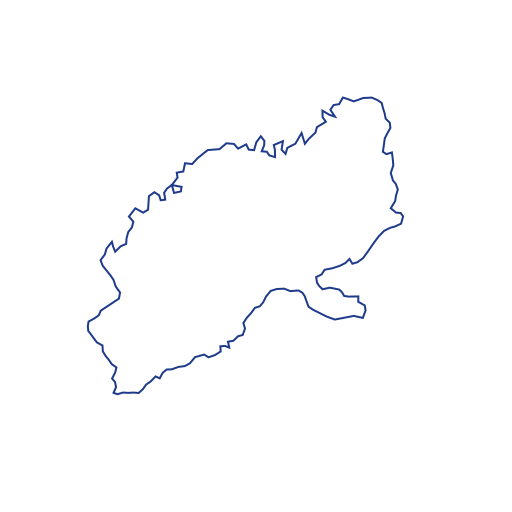 the district of Saldanha Marinho, Rio Grande do Sul, Brazil, rotated 44°
{"feature_id": "56859067B4805351166709", "entity_name": "Saldanha Marinho", "entity_type": "district", "adm_level": 2, "iso_a3": "BRA", "parent_name": "Brazil", "parent_adm1": "Rio Grande do Sul", "projection": "equal_earth", "projection_center": [-53.092, -28.388], "detail": "fine", "context": "isolated", "style": "outline", "palette": "blue", "viewbox_px": 512, "rotation_deg": 44, "n_neighbors": 0, "source": "geoboundaries", "source_scale": "gbopen_adm2", "svg_char_len": 2649}
<svg xmlns="http://www.w3.org/2000/svg" viewBox="0 0 512 512"><g transform="rotate(44 256 256)"><path d="M207.0,93.5L207.9,99.1L216.0,100.9L210.9,103.4L202.9,105.3L207.5,109.9L213.0,110.9L210.3,121.0L213.0,125.8L212.6,135.3L213.2,141.3L203.4,135.9L206.3,147.9L203.4,156.4L206.3,162.0L200.6,161.8L195.6,154.7L191.7,163.8L195.6,166.3L201.0,171.6L195.7,174.4L191.4,173.5L187.4,176.7L185.0,170.8L182.1,167.4L176.3,166.5L177.2,173.9L181.1,181.2L176.9,184.5L171.4,182.5L168.5,191.2L162.3,190.7L156.4,195.5L155.5,204.5L147.7,213.3L146.0,226.3L146.2,234.2L140.5,238.6L145.0,245.7L141.1,251.1L145.1,254.1L146.2,263.4L145.1,269.2L146.0,274.4L151.6,278.5L148.7,282.1L144.1,279.6L138.6,280.7L137.4,287.3L146.2,297.7L144.7,303.2L136.1,305.5L137.2,315.9L143.9,316.5L146.8,321.5L147.5,327.6L150.6,333.2L154.2,337.5L151.9,343.0L151.7,350.7L146.6,348.4L142.5,345.9L143.3,354.5L146.2,359.9L147.1,367.0L152.5,369.5L158.8,370.3L165.1,371.1L170.1,372.2L176.4,375.4L183.6,376.7L187.0,381.9L185.0,391.0L182.3,403.1L184.1,407.9L183.0,413.5L181.1,419.5L183.8,423.3L187.4,426.4L191.4,427.0L201.5,428.7L207.7,427.0L212.1,431.0L217.5,432.4L221.4,432.8L227.5,434.0L233.0,433.1L235.6,437.6L237.6,444.1L242.2,444.6L246.4,447.5L248.6,453.4L252.3,451.7L255.2,446.6L259.1,443.3L262.8,439.3L266.8,436.0L267.1,430.1L266.3,424.7L267.4,419.4L267.4,412.4L271.7,410.9L270.0,404.8L270.6,399.7L274.1,396.1L277.3,389.6L281.3,384.6L283.0,379.2L282.4,371.1L287.2,362.9L292.1,361.9L295.2,356.1L296.9,349.2L293.1,345.7L296.2,342.2L300.4,340.5L295.4,337.1L298.6,332.7L298.8,326.2L301.3,322.1L298.5,315.8L293.5,313.0L292.3,306.9L292.1,300.2L291.2,294.0L293.7,289.5L293.3,284.2L291.4,278.2L290.8,270.9L293.9,265.3L299.0,259.9L305.1,257.4L310.5,251.3L314.7,250.2L318.8,251.0L329.0,256.0L334.5,255.0L348.8,250.5L356.8,247.0L368.0,231.1L375.9,226.3L372.6,219.0L368.6,216.0L361.4,217.9L357.7,214.0L350.7,221.0L347.1,223.5L343.3,222.4L339.3,222.3L335.6,224.6L331.1,227.5L327.0,233.7L322.3,233.7L318.4,232.8L313.9,229.4L316.0,223.7L314.9,218.2L319.3,212.0L323.1,204.9L325.2,198.8L325.3,193.2L330.7,194.6L333.3,190.0L334.5,183.2L333.3,174.6L331.6,164.6L330.6,156.4L330.7,148.8L333.0,142.3L335.4,138.4L337.9,132.0L334.3,125.3L330.2,124.6L326.6,127.5L319.8,128.0L317.9,119.7L315.0,115.7L311.7,109.5L306.3,107.0L302.0,106.5L295.3,102.7L291.8,95.4L286.6,90.9L281.8,87.1L279.1,92.1L274.9,92.9L270.5,86.8L266.9,81.9L265.4,76.9L263.7,70.5L259.6,67.2L253.8,67.1L249.4,64.0L244.8,61.5L240.1,58.6L234.9,59.5L229.2,61.7L223.3,67.9L221.2,72.4L218.8,76.9L213.4,79.2L208.4,81.7L210.3,89.0L207.0,93.5ZM146.2,263.4L154.4,258.0L157.1,261.7L153.2,267.6L146.2,263.4Z" fill="none" stroke="#1e3a8a" stroke-width="2"/></g></svg>